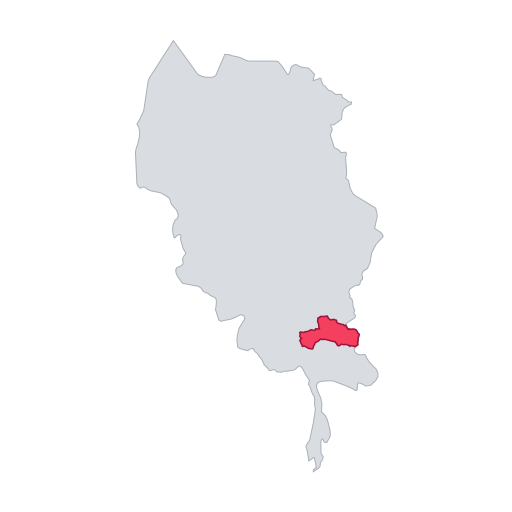 Takhar highlighted on a map of Afghanistan, rotated 104°
{"feature_id": "AFG-1765", "entity_name": "Takhar", "entity_type": "Province", "adm_level": 1, "iso_a3": "AFG", "parent_name": "Afghanistan", "parent_adm1": "", "projection": "robinson", "projection_center": [69.729, 36.705], "detail": "fine", "context": "in_parent", "style": "filled", "palette": "rose", "viewbox_px": 512, "rotation_deg": 104, "n_neighbors": 0, "source": "natural_earth", "source_scale": "10m", "svg_char_len": 7144}
<svg xmlns="http://www.w3.org/2000/svg" viewBox="0 0 512 512"><g transform="rotate(104 256 256)"><path d="M225.2,144.6L234.8,143.7L241.2,144.9L244.6,148.1L247.9,149.0L251.2,147.4L253.3,147.1L254.0,148.1L255.7,148.5L258.2,148.4L259.6,149.3L259.9,151.2L261.7,153.7L265.0,156.7L268.0,157.4L271.9,155.1L273.2,155.4L273.8,154.6L274.2,152.9L276.6,151.3L280.9,149.8L283.3,148.5L284.2,147.4L285.7,147.1L287.2,147.4L288.4,147.0L289.2,145.5L290.7,144.9L292.0,145.2L297.9,150.6L300.2,152.3L301.2,152.0L304.2,149.0L304.6,146.3L303.8,142.8L304.4,140.0L306.3,137.8L309.9,136.5L315.1,136.0L318.4,136.3L319.5,137.4L321.1,138.0L323.2,138.1L325.0,136.9L326.7,134.2L326.8,130.9L325.3,127.0L325.7,125.7L328.3,123.8L331.1,120.8L333.8,117.0L336.4,112.4L339.6,109.6L343.4,108.5L348.0,109.7L353.5,113.3L355.6,117.8L354.3,123.0L354.2,125.9L355.3,126.5L361.5,125.5L362.3,126.2L362.3,127.7L361.4,129.9L360.3,136.2L358.5,151.6L361.2,160.8L363.0,164.5L364.8,165.6L366.7,166.0L368.5,165.7L372.3,163.4L377.9,159.0L383.4,156.3L391.4,154.8L394.1,150.2L397.7,147.1L406.2,142.5L410.8,140.8L413.4,140.5L419.8,142.2L420.2,143.6L419.8,145.1L418.0,146.3L417.4,147.3L418.1,148.0L420.7,148.2L431.9,145.1L434.3,142.3L436.7,142.2L441.4,143.4L445.1,143.0L447.0,144.2L451.4,148.2L450.0,148.5L448.0,147.7L446.9,146.3L442.5,148.1L437.5,150.7L437.6,151.3L442.1,155.1L432.9,159.1L428.7,161.4L427.7,161.5L421.4,159.4L403.9,160.0L390.6,161.3L385.4,163.4L380.6,164.4L378.1,165.5L376.4,167.7L369.1,172.5L367.8,174.2L363.7,174.1L359.5,178.7L353.3,184.3L352.0,186.9L353.0,188.2L356.3,190.3L357.8,192.2L360.1,197.5L361.1,201.3L362.6,203.0L363.4,207.5L361.9,210.1L361.9,211.4L364.0,214.8L363.5,215.9L362.0,217.5L359.5,221.8L355.2,225.1L353.3,227.9L350.3,231.1L349.0,233.8L347.7,235.3L346.3,236.1L346.7,237.5L347.9,239.3L349.9,241.3L349.8,249.4L348.7,251.7L343.2,253.9L337.9,254.9L331.4,255.0L328.9,254.6L319.9,251.7L317.0,253.1L316.5,256.7L321.6,262.5L323.7,265.7L326.1,271.1L327.8,273.9L327.2,276.5L317.9,282.3L312.0,282.9L308.3,283.8L306.5,285.3L305.1,291.4L303.8,293.6L303.8,296.3L302.6,299.3L300.6,301.2L299.3,304.4L300.3,320.6L294.9,327.1L291.9,329.4L289.0,330.5L286.7,330.1L283.7,326.4L281.6,325.0L279.5,325.2L277.4,326.5L274.0,326.1L271.1,324.8L269.6,325.0L268.8,326.3L265.6,329.0L258.0,333.3L254.9,333.6L253.5,334.6L254.1,336.4L255.4,337.8L257.8,338.8L257.9,339.9L254.0,342.1L250.0,343.5L245.5,344.0L240.8,343.2L238.4,341.3L235.5,341.2L232.9,342.5L230.2,344.8L226.4,350.5L220.9,354.0L219.5,357.6L217.7,363.9L218.2,373.3L217.5,377.4L216.2,380.1L216.4,382.3L218.3,384.7L217.5,386.3L216.0,388.1L214.5,389.1L184.4,398.1L179.6,398.3L177.0,397.9L168.6,397.9L165.0,398.6L161.5,399.8L158.9,401.3L156.8,403.5L153.3,402.3L142.1,400.1L111.9,403.0L109.0,402.5L67.0,388.3L93.7,356.6L94.5,354.0L94.8,348.8L93.3,341.8L90.8,338.7L67.8,335.0L67.1,329.6L67.5,327.2L67.2,322.5L67.4,319.0L68.5,313.1L68.7,310.4L62.1,284.0L62.1,281.4L66.6,275.4L72.2,269.5L71.9,268.4L69.2,267.7L65.1,267.7L62.9,266.8L61.2,265.1L60.6,262.7L61.8,258.5L61.0,250.3L65.4,243.3L72.1,242.9L68.8,237.9L68.1,237.3L67.9,236.5L68.3,235.6L70.0,235.3L74.1,232.0L74.4,230.2L77.8,225.5L77.6,223.3L79.9,217.7L78.9,213.9L78.7,211.9L81.2,210.6L82.9,205.4L83.8,204.1L84.0,202.8L83.5,200.6L85.7,200.3L87.7,203.0L90.9,205.9L93.0,206.7L95.7,207.1L101.6,206.2L102.9,206.3L108.9,211.3L110.0,212.6L110.4,214.6L111.4,215.2L113.6,213.2L115.7,212.6L119.7,213.2L121.8,212.5L131.9,206.3L132.8,202.3L133.8,200.0L135.2,198.7L133.6,194.2L134.2,193.3L135.6,192.9L138.9,192.9L154.2,187.9L158.1,187.9L159.0,187.4L159.3,186.1L160.4,184.6L167.7,180.9L171.9,177.2L173.4,174.4L180.6,151.5L184.3,149.5L188.0,148.0L200.5,147.6L202.9,140.6L204.1,138.9L206.3,137.3L215.5,142.3L225.2,144.6Z" fill="#d9dde1" stroke="#a8b0b8" stroke-width="1"/><path d="M317.1,135.7L317.8,135.7L318.2,136.1L318.5,136.6L318.7,137.1L319.3,137.3L319.7,137.3L319.8,137.5L320.1,137.9L319.9,138.5L320.0,141.9L320.1,142.5L320.2,142.9L320.3,142.9L320.6,142.9L320.8,143.0L321.0,143.1L321.0,143.3L320.9,143.4L320.6,143.9L320.4,144.1L320.2,145.0L320.1,146.8L320.1,147.7L320.8,149.2L320.9,149.7L320.9,150.0L320.8,150.7L320.8,151.4L321.0,151.8L321.2,152.1L322.2,152.8L322.7,153.3L323.3,154.4L322.7,155.4L322.6,155.9L322.4,156.0L322.2,156.2L321.5,156.4L321.1,157.1L321.1,157.3L321.0,157.6L320.8,157.8L320.6,157.9L320.3,158.2L320.1,158.3L320.2,158.6L320.2,165.7L320.1,167.1L320.1,168.3L320.2,169.0L320.4,169.5L320.6,170.3L320.9,171.2L321.0,171.5L321.0,171.8L320.9,173.0L321.0,173.3L322.2,174.0L323.7,175.1L325.6,177.3L326.0,177.6L326.3,177.8L326.9,177.7L327.1,177.7L328.0,177.8L329.7,178.4L329.9,178.4L330.9,178.3L331.9,178.4L332.2,178.5L332.4,178.6L332.5,178.7L332.7,179.1L332.9,182.5L332.8,183.4L332.5,183.9L332.4,184.0L332.3,184.8L332.0,185.7L332.0,186.0L332.0,186.3L331.7,186.7L331.6,187.0L331.6,187.3L331.7,187.5L331.8,187.8L332.4,188.6L332.5,189.0L332.3,189.4L331.0,190.1L330.8,190.2L330.3,190.8L330.0,191.1L328.8,191.9L328.2,192.1L328.0,192.3L327.9,192.6L327.8,192.8L327.7,192.9L327.4,193.1L325.7,192.4L324.9,191.8L324.8,192.1L324.8,192.4L324.6,192.8L324.4,193.1L324.0,193.5L323.7,193.8L323.1,194.1L321.2,194.3L320.1,194.8L319.6,195.0L319.4,194.8L319.4,194.7L318.9,194.4L318.8,191.9L318.7,191.7L318.5,191.3L318.1,190.8L317.9,190.6L317.9,190.4L317.9,190.1L317.8,189.9L317.7,189.7L317.3,189.3L317.1,188.7L317.0,188.3L317.0,188.2L316.9,188.1L316.4,187.2L315.9,186.5L314.3,185.0L314.0,181.3L313.7,180.7L313.3,180.6L312.6,180.7L312.4,180.6L312.2,180.4L312.1,180.2L312.0,179.9L311.9,179.4L311.9,178.8L311.9,178.5L311.8,178.1L311.4,176.9L311.1,176.8L310.5,177.4L309.6,177.9L308.0,178.5L307.5,178.5L307.1,178.7L306.7,178.9L305.0,180.2L303.8,180.6L302.9,180.5L302.7,180.6L302.4,180.8L302.2,180.8L302.2,180.7L301.9,180.5L301.7,180.5L301.4,180.6L301.2,180.8L300.9,180.7L300.6,180.2L300.5,179.9L300.3,179.5L300.2,179.3L300.1,179.2L299.7,179.2L299.3,179.1L299.0,178.6L299.0,178.1L298.9,177.8L298.8,177.5L298.5,177.0L298.4,176.7L298.4,176.2L298.5,175.9L298.4,175.6L298.4,175.4L298.1,175.1L297.8,174.5L297.5,173.3L297.2,172.9L297.0,172.6L297.0,172.4L297.4,171.9L297.7,171.8L297.9,171.7L298.0,171.6L298.0,171.4L298.9,170.7L299.0,170.6L299.1,170.4L299.2,170.2L299.4,169.5L299.9,168.4L300.0,168.1L299.9,167.8L299.6,167.1L299.4,166.9L299.3,166.7L299.2,166.7L299.0,166.2L299.0,165.7L298.9,165.4L298.7,165.0L298.6,164.9L298.6,164.7L298.8,164.4L298.9,164.2L298.9,163.5L298.8,162.9L298.8,162.6L299.2,162.1L300.5,162.0L300.6,161.9L300.9,161.6L301.3,160.7L301.6,156.1L301.6,155.8L301.5,155.4L301.4,155.1L301.4,154.8L301.6,154.0L301.7,153.9L302.2,153.3L302.2,153.1L302.1,152.9L301.4,152.1L301.5,152.0L301.8,151.8L302.1,151.6L302.5,151.1L303.6,150.4L304.0,150.0L305.0,148.5L305.0,148.1L304.6,148.0L304.1,147.8L304.3,147.1L304.1,146.8L303.9,145.7L303.7,145.2L303.5,144.7L303.4,144.4L303.4,144.1L303.5,144.0L303.6,143.9L303.6,143.7L303.3,143.5L303.2,143.4L303.2,142.2L303.3,141.6L303.4,141.0L303.6,140.9L303.9,140.6L304.2,140.4L304.3,140.3L304.4,139.9L304.5,139.7L305.7,138.9L306.3,138.3L306.8,137.0L307.3,136.7L311.0,137.1L311.6,136.9L312.7,136.5L313.4,136.4L313.6,136.4L314.2,136.6L314.4,136.7L314.6,136.9L314.9,136.7L315.2,136.5L315.5,136.4L316.0,136.2L317.1,135.7Z" fill="#f43f5e" stroke="#9f1239" stroke-width="1.5"/></g></svg>